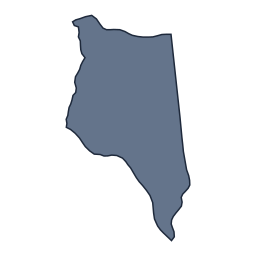 Divisa Alegre, Minas Gerais, Brazil
{"feature_id": "56859067B20750472426089", "entity_name": "Divisa Alegre", "entity_type": "district", "adm_level": 2, "iso_a3": "BRA", "parent_name": "Brazil", "parent_adm1": "Minas Gerais", "projection": "albers", "projection_center": [-41.381, -15.712], "detail": "fine", "context": "isolated", "style": "filled", "palette": "slate", "viewbox_px": 256, "rotation_deg": 0, "n_neighbors": 0, "source": "geoboundaries", "source_scale": "gbopen_adm2", "svg_char_len": 1287}
<svg xmlns="http://www.w3.org/2000/svg" viewBox="0 0 256 256"><path d="M171.0,34.3L166.1,34.3L161.9,34.5L157.6,35.7L152.9,36.9L148.4,37.1L143.2,37.1L137.8,36.5L132.3,35.3L128.8,33.7L124.9,31.5L119.8,29.7L113.8,29.5L110.2,29.7L106.5,29.7L103.0,28.1L100.0,24.2L96.4,18.9L91.7,15.4L85.5,16.7L79.9,18.7L75.7,19.9L72.6,21.8L74.3,25.5L78.4,26.9L79.1,32.5L78.4,36.9L80.3,40.9L80.5,45.7L80.8,49.9L81.9,53.7L85.0,57.7L82.6,61.7L80.8,65.3L79.7,69.3L77.8,72.9L75.5,76.7L74.7,82.3L76.3,88.0L75.7,92.5L73.0,95.4L72.0,100.0L70.7,104.1L69.1,107.4L68.4,111.3L67.8,115.5L66.2,119.3L66.9,123.5L66.3,127.3L70.6,129.5L75.1,133.2L79.5,138.0L82.4,142.4L85.3,146.6L89.7,150.9L94.2,154.1L100.2,154.5L104.0,156.0L107.7,155.9L111.7,155.1L116.8,155.5L122.5,158.1L125.8,161.6L127.9,164.7L130.6,167.9L133.0,172.0L136.3,177.6L139.2,181.7L142.6,185.5L146.5,190.4L150.0,195.5L152.7,202.6L153.6,213.0L154.5,219.0L156.0,222.4L157.7,226.1L160.4,229.8L163.5,233.0L167.5,236.8L171.5,240.6L174.3,236.8L174.0,231.8L172.5,227.8L171.2,224.0L171.6,220.0L173.3,216.4L175.9,213.0L179.2,209.0L181.4,206.1L182.1,202.1L181.2,197.4L182.7,194.1L185.6,191.1L188.1,188.3L189.8,185.0L189.6,180.3L188.7,175.7L186.6,169.8L183.4,151.6L182.7,144.5L181.9,137.4L180.0,117.3L171.0,34.3Z" fill="#64748b" stroke="#1e293b" stroke-width="1.5"/></svg>